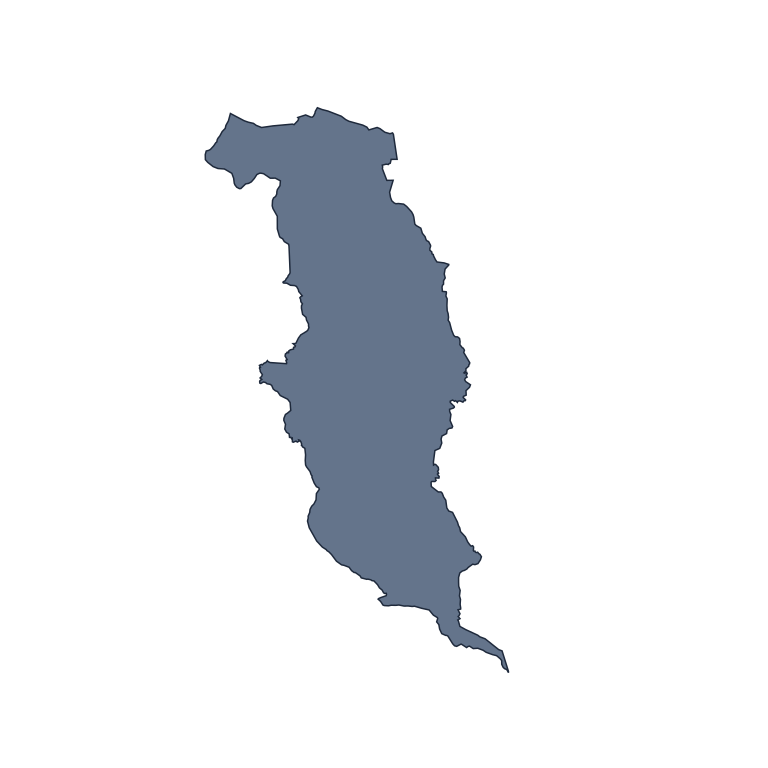 the district of Ocolis, Alba, Romania, rotated 238°
{"feature_id": "2599482B36023808601680", "entity_name": "Ocolis", "entity_type": "district", "adm_level": 2, "iso_a3": "ROU", "parent_name": "Romania", "parent_adm1": "Alba", "projection": "natural_earth1", "projection_center": [23.435, 46.493], "detail": "fine", "context": "isolated", "style": "filled", "palette": "slate", "viewbox_px": 768, "rotation_deg": 238, "n_neighbors": 0, "source": "geoboundaries", "source_scale": "gbopen_adm2", "svg_char_len": 6159}
<svg xmlns="http://www.w3.org/2000/svg" viewBox="0 0 768 768"><g transform="rotate(238 384 384)"><path d="M694.8,397.1L689.6,391.5L687.1,387.0L684.9,384.8L683.8,380.5L681.4,376.3L680.5,373.7L679.6,372.1L677.9,370.5L677.7,369.1L676.2,365.8L674.9,361.1L675.0,359.3L675.8,356.7L673.3,354.0L668.9,351.4L665.3,352.0L658.9,354.3L654.7,357.4L650.9,362.6L643.3,366.6L638.1,365.5L633.6,363.4L631.8,363.1L628.9,363.4L626.3,364.9L625.6,366.2L627.0,372.7L625.9,375.5L625.7,378.6L627.0,382.9L629.0,387.2L628.7,390.0L628.2,391.1L626.2,393.3L618.8,396.6L616.2,400.9L611.2,403.8L607.3,400.9L605.3,396.5L603.8,395.0L601.9,393.7L600.5,391.5L600.3,388.9L598.8,386.8L594.3,383.6L591.6,382.8L582.8,382.4L572.0,375.7L564.9,373.7L563.4,373.6L560.9,375.0L557.6,374.9L553.0,377.2L551.1,376.4L528.4,363.5L527.5,362.5L526.6,360.1L525.6,358.9L525.1,356.9L523.9,355.1L524.1,352.7L523.5,352.1L522.8,352.4L521.0,355.0L517.3,357.0L514.9,360.3L513.1,361.5L509.6,361.4L507.5,360.7L502.1,361.4L502.1,359.4L501.7,358.3L500.2,358.2L497.8,357.1L495.2,357.3L494.1,355.5L492.1,354.2L486.2,351.9L481.8,353.2L479.4,352.2L474.9,351.8L473.2,350.7L471.7,350.3L470.1,348.1L469.7,346.4L469.8,339.6L468.3,335.8L465.3,331.0L465.4,330.1L466.4,328.3L463.3,329.1L462.7,328.3L463.0,326.7L461.6,325.8L462.6,322.7L462.5,320.8L461.1,319.7L461.3,319.1L462.3,318.8L461.7,317.4L461.7,316.3L460.1,314.9L456.0,314.8L456.1,313.4L453.5,312.7L452.9,312.1L462.6,298.7L464.6,297.5L465.6,297.5L464.8,295.1L465.2,293.5L464.7,291.0L465.6,290.4L465.8,288.2L463.6,288.0L463.8,287.2L463.4,286.8L461.5,286.4L460.3,285.7L456.4,285.8L455.3,284.3L454.8,282.1L452.7,282.8L452.6,280.6L451.8,279.7L450.4,279.2L449.7,279.8L449.6,282.8L448.1,284.3L446.2,284.9L444.0,287.3L442.3,288.0L438.5,287.4L435.8,288.3L434.0,289.7L429.2,289.9L422.2,294.2L418.1,294.6L411.0,290.9L410.4,286.4L410.4,284.3L408.0,281.0L406.3,279.8L402.0,279.1L398.4,276.0L394.8,275.8L392.0,277.1L388.8,275.6L388.1,276.8L386.7,276.6L386.7,277.5L383.5,275.7L382.7,276.2L382.2,279.1L380.7,279.7L380.5,281.7L381.8,282.0L381.0,282.7L379.2,282.9L376.8,282.4L375.6,281.4L374.7,281.8L373.8,281.6L371.4,282.8L365.4,279.9L360.9,276.7L356.9,274.6L354.8,274.4L349.0,274.9L345.6,274.1L344.3,274.3L343.0,273.4L336.9,272.3L332.7,272.3L330.5,273.7L329.0,273.4L326.9,268.6L321.8,265.0L319.4,261.0L318.7,258.0L316.9,254.9L314.4,252.9L312.1,249.6L310.5,248.7L308.3,246.5L301.7,244.4L286.5,243.7L278.3,245.3L274.1,247.3L273.0,247.3L270.9,248.3L267.3,249.1L258.9,249.8L253.1,252.2L251.4,254.0L247.1,257.3L242.9,257.6L239.9,258.8L239.4,259.7L234.0,262.0L231.6,262.0L227.5,265.9L227.1,266.9L225.0,269.0L223.6,269.6L222.4,271.1L217.1,272.2L213.6,272.1L210.2,273.2L207.1,273.0L205.9,273.7L205.3,275.0L204.3,274.7L203.3,273.7L204.6,268.1L204.9,265.8L204.7,265.0L201.4,265.9L197.0,266.0L195.9,266.9L193.5,270.3L192.6,272.8L190.0,276.8L188.7,279.5L185.0,283.4L183.0,286.8L180.4,290.0L179.4,292.1L173.7,297.2L168.5,302.5L161.8,303.4L157.6,305.5L156.7,305.3L154.4,302.6L150.9,303.0L146.7,301.3L141.7,300.7L138.1,303.1L137.6,303.9L136.5,304.6L127.2,304.6L124.6,305.1L123.0,306.6L122.6,311.4L122.3,311.8L116.7,314.4L116.9,316.1L116.4,317.6L112.3,319.5L110.2,323.5L105.6,327.0L102.4,328.4L96.9,332.7L94.0,335.5L89.3,337.0L87.1,337.2L83.9,335.3L80.6,334.9L78.7,335.4L76.8,336.8L73.2,336.6L74.5,337.3L95.1,342.7L98.0,340.5L114.4,334.7L118.8,331.3L121.3,330.4L132.3,323.2L138.2,319.9L143.5,321.5L144.8,321.5L144.7,324.1L147.5,323.7L147.7,324.7L148.9,326.7L153.3,327.1L152.5,329.7L153.3,330.3L156.8,331.8L160.8,334.7L164.3,335.7L168.6,339.2L172.9,340.2L176.7,342.4L180.5,344.8L183.6,348.2L183.9,351.4L183.3,353.5L183.2,356.3L183.8,358.1L184.2,363.7L182.6,365.4L181.9,368.5L183.8,372.6L185.9,375.1L188.8,375.1L189.9,374.5L191.7,374.3L192.0,373.2L192.4,372.7L193.2,372.4L194.1,372.6L194.6,371.6L195.3,371.5L198.3,373.6L199.9,373.5L200.3,372.0L202.4,371.5L205.8,371.3L211.2,372.0L218.3,370.7L221.9,372.0L224.4,372.1L227.9,373.1L238.8,374.1L242.0,371.6L245.6,371.6L252.7,374.8L256.5,374.7L260.5,375.5L262.3,375.1L263.7,372.8L272.0,369.8L275.5,371.7L275.9,372.2L276.0,372.9L274.3,375.5L274.6,377.1L275.8,377.2L277.1,377.9L275.1,380.7L275.5,381.1L276.4,381.8L279.1,381.5L279.4,381.7L279.4,383.0L281.6,383.2L282.3,384.8L284.6,385.9L288.3,385.2L289.0,384.5L289.0,383.1L291.7,384.6L300.6,391.9L299.9,397.2L303.3,401.7L307.0,403.2L309.2,405.6L308.8,410.8L311.6,413.2L311.8,415.7L310.7,418.3L311.6,419.7L318.0,420.7L322.7,424.6L325.8,425.1L327.8,426.2L326.8,430.0L327.0,431.3L327.7,431.7L333.2,430.4L334.3,431.0L334.0,433.7L332.0,434.6L331.9,435.9L329.5,436.5L330.3,437.5L329.5,439.4L326.8,441.3L327.4,443.2L326.8,444.2L327.3,444.8L330.6,444.0L331.4,444.8L331.0,447.8L334.9,450.0L335.9,454.8L337.5,456.9L342.7,454.6L344.8,454.6L345.9,456.2L345.8,458.1L348.1,458.4L348.6,460.0L350.1,460.3L350.4,458.1L351.1,457.7L351.8,460.5L353.6,461.6L354.2,465.2L355.6,466.5L355.7,467.2L356.6,468.0L368.5,468.3L370.0,470.1L371.3,470.2L372.7,470.1L373.3,469.6L377.2,469.2L379.7,471.0L382.6,472.2L384.9,471.4L386.4,469.4L388.3,468.9L393.9,469.9L401.3,472.2L404.1,472.2L406.4,474.1L409.8,475.7L412.6,476.4L417.3,479.0L422.7,482.7L425.8,483.1L428.3,485.3L429.3,485.6L431.6,482.6L435.5,484.6L436.7,485.9L437.1,487.4L440.0,489.2L441.5,492.1L445.4,493.4L449.1,496.7L450.6,502.0L451.1,502.3L454.9,499.1L459.4,493.6L462.1,493.5L466.3,493.9L467.7,494.4L469.0,493.7L470.7,494.5L473.1,493.8L474.6,494.7L476.3,496.7L477.2,497.0L481.2,497.3L482.4,496.4L484.0,496.1L487.1,496.9L491.5,496.4L496.6,497.8L501.3,495.3L503.3,494.9L509.7,497.7L512.2,498.4L515.3,498.6L522.6,497.3L526.1,496.0L529.4,491.9L530.6,489.6L532.0,488.6L535.2,487.7L538.8,488.4L543.7,490.4L551.9,499.7L555.2,494.3L567.4,496.7L568.8,497.9L570.5,498.5L569.3,502.3L567.8,504.1L568.2,504.7L567.9,506.3L570.7,509.1L567.6,514.2L590.8,524.3L592.4,524.3L593.1,521.7L597.1,518.1L602.7,515.9L605.2,514.1L607.5,505.8L610.9,505.6L614.8,503.2L625.4,493.5L628.4,491.7L633.7,489.7L645.2,481.1L649.6,476.9L653.6,473.9L651.6,470.2L650.2,468.9L648.5,466.1L648.3,464.6L649.1,463.4L653.7,460.1L655.7,452.1L654.3,452.3L653.0,450.6L651.6,445.2L652.9,444.1L661.7,426.7L666.4,416.1L671.0,412.7L674.2,411.4L678.0,407.6L681.4,404.9L694.8,397.1Z" fill="#64748b" stroke="#1e293b" stroke-width="1.5"/></g></svg>